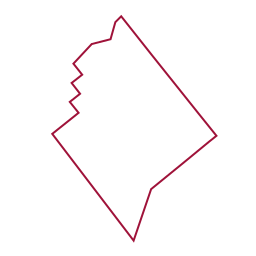 Jennings, Indiana, United States of America, rotated 142°
{"feature_id": "52423323B17963948858786", "entity_name": "Jennings", "entity_type": "district", "adm_level": 2, "iso_a3": "USA", "parent_name": "United States of America", "parent_adm1": "Indiana", "projection": "equal_earth", "projection_center": [-85.64, 39.002], "detail": "fine", "context": "isolated", "style": "outline", "palette": "rose", "viewbox_px": 256, "rotation_deg": 142, "n_neighbors": 0, "source": "geoboundaries", "source_scale": "gbopen_adm2", "svg_char_len": 403}
<svg xmlns="http://www.w3.org/2000/svg" viewBox="0 0 256 256"><g transform="rotate(142 128 128)"><path d="M192.9,35.8L147.4,65.6L103.9,66.5L72.3,67.3L63.1,67.4L63.5,96.1L64.0,143.0L64.3,171.0L64.6,220.2L72.8,219.2L87.1,208.7L104.9,216.5L131.4,212.3L131.3,198.2L144.7,198.2L144.7,184.5L157.8,184.4L157.6,170.4L184.6,170.1L191.3,170.0L192.9,35.8Z" fill="none" stroke="#9f1239" stroke-width="2"/></g></svg>